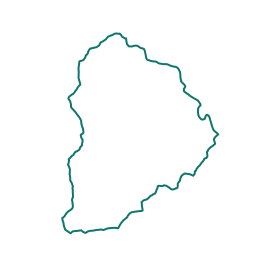 the district of Gozhing, Shemgang, Bhutan, rotated 166°
{"feature_id": "84629894B58604121437268", "entity_name": "Gozhing", "entity_type": "district", "adm_level": 2, "iso_a3": "BTN", "parent_name": "Bhutan", "parent_adm1": "Shemgang", "projection": "natural_earth1", "projection_center": [90.921, 26.963], "detail": "fine", "context": "isolated", "style": "outline", "palette": "teal", "viewbox_px": 256, "rotation_deg": 166, "n_neighbors": 0, "source": "geoboundaries", "source_scale": "gbopen_adm2", "svg_char_len": 5802}
<svg xmlns="http://www.w3.org/2000/svg" viewBox="0 0 256 256"><g transform="rotate(166 128 128)"><path d="M42.1,100.0L43.1,101.9L44.9,104.2L45.7,106.1L46.0,109.5L46.1,111.9L46.3,115.9L46.3,118.2L46.7,120.3L47.3,120.9L48.1,121.7L48.6,121.7L49.6,120.9L50.6,119.5L51.2,118.4L52.2,118.1L53.4,118.1L54.1,118.3L54.7,118.6L55.2,119.3L55.4,119.7L56.2,121.4L56.6,123.5L56.4,125.4L56.3,126.7L56.0,127.7L55.7,128.3L55.3,129.8L54.5,130.9L52.9,132.0L52.2,132.4L52.1,133.1L52.0,133.7L52.7,135.7L53.4,137.5L54.4,138.6L56.7,140.8L59.8,143.9L60.7,145.3L63.3,148.2L64.3,149.3L64.7,150.1L64.7,151.2L64.6,151.8L64.3,152.4L62.9,153.7L62.4,154.4L62.4,155.0L62.9,156.5L64.2,158.5L64.9,159.8L65.2,160.5L64.9,161.3L65.0,162.3L65.0,163.6L64.4,166.9L64.2,168.4L64.0,169.1L64.0,169.9L64.2,170.7L64.8,173.4L65.8,174.9L67.3,176.0L68.8,176.5L71.3,177.9L73.9,179.9L74.8,180.5L75.8,180.8L77.0,181.1L78.8,181.6L80.3,182.3L81.7,182.9L82.6,183.4L83.5,184.4L84.2,185.2L84.7,185.5L86.0,186.2L86.6,186.3L87.6,186.6L89.0,187.3L89.9,187.7L90.5,188.1L90.9,188.5L91.5,188.8L92.0,189.0L92.8,189.6L93.2,190.7L93.4,191.5L93.2,193.2L93.2,194.0L93.1,197.0L93.1,198.8L93.1,199.3L93.3,200.0L93.3,200.5L93.7,201.1L94.5,201.6L95.5,202.1L96.6,202.8L97.4,203.8L98.2,204.5L98.5,205.0L98.9,205.4L100.2,206.0L100.9,206.1L102.2,206.3L104.8,206.2L107.5,207.1L108.7,209.7L108.6,212.2L108.2,215.3L108.8,215.4L109.6,215.9L110.0,216.4L110.4,216.8L111.1,217.5L111.7,218.1L111.9,219.1L112.2,219.9L112.7,220.6L112.9,221.0L113.3,221.5L114.0,221.7L114.6,221.8L115.5,222.2L116.4,222.5L117.0,222.6L118.1,222.7L119.0,222.6L119.8,222.2L121.2,222.0L123.4,221.7L125.4,221.4L127.1,220.1L128.2,219.3L129.4,218.9L131.2,218.2L132.8,217.8L134.0,217.6L134.9,216.3L136.2,215.0L136.8,214.8L138.5,214.2L139.3,214.0L139.9,214.1L140.7,214.1L141.5,214.1L142.5,214.1L144.4,214.1L145.6,214.2L146.3,213.6L147.2,212.8L147.9,212.0L148.8,210.4L150.2,209.1L151.4,208.7L151.8,207.7L153.1,206.1L154.7,204.8L156.0,204.5L157.1,204.5L158.1,204.6L159.2,204.1L159.5,203.3L160.0,201.7L160.9,199.7L161.4,198.5L161.8,196.7L162.0,195.7L162.1,194.9L163.9,188.4L163.8,185.6L163.7,184.0L163.7,182.8L163.9,181.5L164.3,181.4L166.0,180.3L166.7,179.7L167.4,179.1L167.8,178.6L168.1,178.3L168.6,177.7L169.2,177.3L170.2,176.6L170.8,176.0L171.2,175.6L171.7,175.3L172.4,174.6L172.8,174.4L173.4,174.3L174.1,174.1L174.7,173.9L176.1,173.3L176.9,172.9L177.7,172.4L178.3,171.7L178.7,170.9L178.6,170.3L178.3,169.9L178.1,169.2L177.8,168.6L177.6,167.8L177.7,167.3L177.7,166.7L177.6,165.9L177.7,164.6L177.8,164.0L177.9,163.4L178.1,162.8L178.1,161.9L178.0,161.4L177.6,160.6L177.2,160.0L176.7,159.0L176.4,158.5L176.2,158.0L175.8,157.2L175.4,156.6L174.9,155.4L174.6,154.8L174.4,154.1L174.1,153.5L173.8,152.8L173.6,152.1L173.4,151.7L172.8,150.6L172.5,149.5L172.2,148.8L172.1,148.3L172.0,147.7L171.9,147.2L171.7,146.2L171.8,145.6L172.2,144.0L172.0,143.1L172.3,142.5L172.2,142.0L172.2,140.3L172.0,139.5L171.9,138.2L172.0,136.6L172.2,134.9L172.4,134.4L172.8,133.8L173.4,133.4L174.2,133.3L174.8,133.1L175.3,132.9L175.6,132.4L175.6,131.8L175.7,131.2L175.6,130.4L175.6,129.8L175.5,129.2L175.4,128.7L174.9,127.8L175.1,127.0L175.2,126.1L175.6,125.4L176.1,124.5L176.6,123.4L176.8,122.5L177.3,122.1L177.8,121.6L178.6,121.1L179.1,120.7L179.5,120.2L179.8,119.5L180.4,118.8L181.2,118.5L182.2,118.1L183.5,117.7L184.7,117.6L185.4,117.1L185.8,116.8L186.5,116.3L187.0,115.7L187.2,115.3L187.7,114.9L188.3,114.8L188.8,114.8L189.3,114.4L189.9,114.2L190.3,113.8L190.8,113.3L191.3,113.0L191.7,112.9L192.6,112.3L193.1,112.0L193.1,111.3L193.1,110.6L193.3,110.0L193.8,109.3L194.2,108.3L194.4,107.9L194.8,107.3L195.1,106.8L195.0,106.3L194.6,105.3L194.6,104.5L194.4,103.3L194.4,102.3L194.5,101.6L194.8,100.5L195.1,99.4L195.6,98.0L195.9,97.3L195.8,96.2L196.1,93.6L196.4,92.6L196.7,91.4L196.7,90.9L196.5,90.4L196.3,89.8L196.1,89.0L195.9,88.0L195.7,86.1L195.7,85.0L195.7,84.4L196.0,83.7L196.5,83.0L196.5,81.5L196.9,80.2L197.3,78.2L197.6,75.9L198.2,74.2L198.7,73.3L199.2,73.0L199.5,72.4L199.8,71.2L199.8,69.5L200.1,68.2L200.3,65.9L200.8,64.4L201.7,63.3L202.7,62.9L203.4,62.4L204.8,62.0L207.1,61.0L208.4,60.1L209.4,59.2L210.4,58.3L211.0,57.7L212.4,56.9L213.5,56.6L213.9,54.2L213.6,52.7L213.6,51.1L213.9,48.7L213.6,45.9L213.5,44.6L212.6,43.5L210.8,41.5L209.6,40.2L209.1,39.8L207.0,40.9L206.3,41.1L204.5,40.8L201.7,40.4L200.9,40.3L199.0,40.2L198.0,39.9L197.2,38.6L196.6,38.0L195.7,37.3L195.2,36.7L194.5,36.5L193.0,37.0L192.0,37.3L189.8,37.4L187.1,36.9L185.2,36.8L182.9,36.6L181.0,36.3L178.7,36.1L177.3,35.3L176.6,35.0L176.0,35.0L173.9,35.3L171.7,35.5L169.0,35.1L166.7,34.7L164.1,34.1L162.7,33.3L161.6,33.3L159.3,35.9L157.3,37.7L154.7,39.6L151.8,40.9L150.6,41.5L149.1,43.2L147.7,44.1L146.7,44.9L144.7,45.3L142.2,45.2L138.8,44.8L135.0,44.3L134.0,44.3L133.7,44.7L133.6,45.5L133.5,46.4L133.4,48.5L133.1,50.2L132.9,51.3L132.8,52.7L131.8,53.2L131.0,53.8L130.1,54.0L129.3,54.1L127.9,54.1L126.7,54.3L125.7,54.7L124.4,55.5L123.5,56.1L122.7,56.7L121.1,56.9L120.1,57.3L119.6,57.6L118.2,57.9L117.6,57.9L116.3,59.3L115.2,61.2L114.1,62.3L113.3,64.2L112.2,64.5L110.3,63.8L109.0,63.5L108.0,63.4L106.9,63.7L105.9,63.2L104.7,62.6L103.0,60.8L101.9,59.4L100.6,57.9L99.6,57.6L98.3,57.4L96.1,57.9L95.3,57.7L94.5,58.1L93.8,59.4L93.5,60.9L92.9,62.3L92.0,63.1L91.4,63.7L90.5,64.2L89.9,65.2L89.2,66.7L87.8,68.4L86.8,69.1L85.6,69.6L84.1,70.1L82.7,69.7L81.4,69.0L80.4,68.8L78.9,68.0L77.8,67.1L76.3,66.0L75.7,66.4L74.4,67.4L73.9,68.7L73.8,69.5L73.1,70.0L72.2,70.3L71.3,71.9L70.0,72.7L69.6,73.2L68.6,73.7L67.4,74.4L65.8,75.8L64.9,76.6L63.6,77.3L62.8,78.0L62.0,78.8L61.7,79.4L61.2,79.7L59.9,80.0L59.3,79.9L58.7,80.3L57.9,81.3L57.5,82.4L57.5,83.5L57.3,84.9L57.2,85.5L56.8,86.0L56.2,86.4L55.7,87.2L54.6,88.0L53.6,88.7L52.5,89.3L49.8,90.3L48.8,90.9L47.8,91.2L47.2,92.0L47.4,93.8L47.4,96.1L46.9,96.9L45.8,97.9L44.9,98.5L43.0,99.4L42.1,100.0Z" fill="none" stroke="#0f766e" stroke-width="2"/></g></svg>